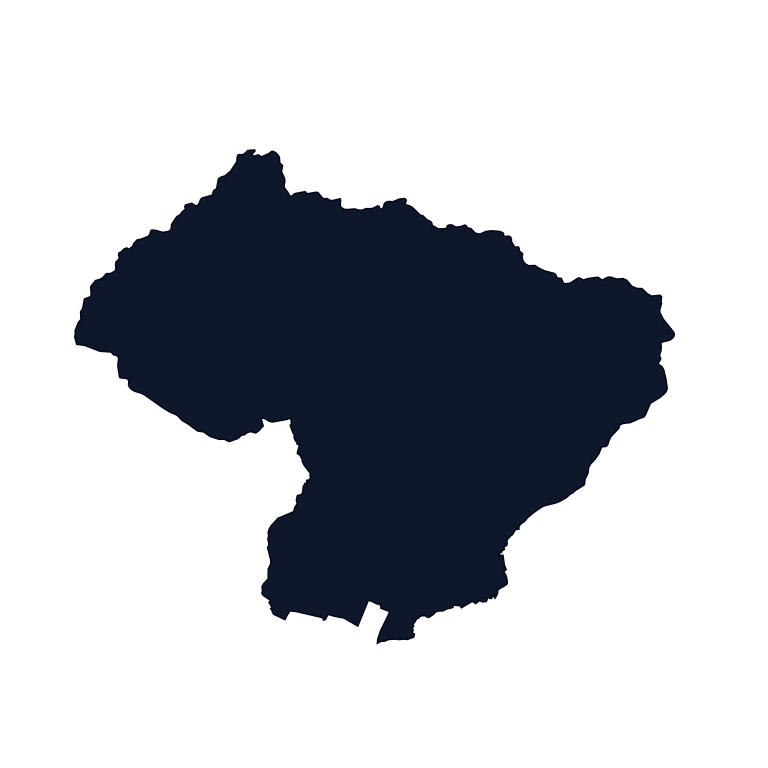 outline of Hang Chat, Lampang, Thailand, rotated 79°
{"feature_id": "78962969B1257188222382", "entity_name": "Hang Chat", "entity_type": "district", "adm_level": 2, "iso_a3": "THA", "parent_name": "Thailand", "parent_adm1": "Lampang", "projection": "natural_earth1", "projection_center": [99.296, 18.345], "detail": "fine", "context": "isolated", "style": "filled", "palette": "ink", "viewbox_px": 768, "rotation_deg": 79, "n_neighbors": 0, "source": "geoboundaries", "source_scale": "gbopen_adm2", "svg_char_len": 6158}
<svg xmlns="http://www.w3.org/2000/svg" viewBox="0 0 768 768"><g transform="rotate(79 384 384)"><path d="M423.1,106.8L419.8,108.0L417.0,110.8L415.9,110.9L412.5,107.8L411.2,107.6L408.4,108.2L404.7,106.0L401.2,104.9L396.4,104.3L395.9,103.3L395.5,95.1L394.2,92.3L392.8,90.5L390.4,89.4L388.1,89.9L374.1,97.3L366.4,99.6L363.8,99.2L357.9,96.2L355.9,96.3L351.3,94.9L349.5,96.1L348.8,104.6L345.2,108.7L339.6,112.5L338.4,117.6L335.4,122.0L328.4,126.0L326.1,129.2L325.5,135.2L322.2,141.5L321.9,143.0L322.1,145.1L323.4,148.9L323.3,150.6L320.4,153.1L319.9,154.1L319.4,163.7L320.0,168.3L317.0,172.3L317.3,173.9L320.6,182.2L320.1,187.5L319.1,188.6L314.2,189.8L313.0,193.6L309.0,194.8L307.8,196.0L303.4,205.1L300.1,209.5L296.5,213.2L295.5,219.5L293.3,222.1L291.2,223.4L288.1,224.3L285.5,224.1L282.5,223.0L279.7,225.5L275.6,225.6L275.0,226.3L274.8,229.0L274.3,229.7L268.5,231.7L265.7,231.2L263.8,231.8L262.7,233.2L262.5,235.7L261.6,238.2L260.7,238.5L259.3,237.9L257.9,238.7L256.1,241.9L254.0,249.9L253.7,255.0L255.1,260.8L254.6,263.3L253.0,265.9L248.2,268.9L246.5,272.4L244.3,273.1L243.4,274.3L244.1,278.2L243.9,282.5L243.3,284.2L240.8,287.0L240.3,290.0L240.7,291.5L242.6,292.6L243.3,293.8L242.1,301.0L237.5,306.4L235.1,306.4L233.7,306.9L231.1,310.4L226.2,313.8L225.1,316.2L216.1,322.4L213.9,325.1L212.1,328.6L210.6,328.6L207.7,327.0L205.9,328.3L205.4,333.8L206.8,340.6L205.8,344.0L205.7,346.8L206.9,349.1L211.0,351.3L212.0,353.1L211.6,354.3L208.5,355.0L207.9,356.3L209.4,361.1L209.3,364.1L208.4,368.1L209.1,371.7L208.8,374.9L206.5,379.5L205.8,386.5L205.1,389.3L202.6,392.3L201.5,392.7L199.3,392.7L195.3,391.5L193.8,391.6L194.1,399.6L193.6,401.7L191.1,404.5L190.7,407.4L189.9,408.8L183.7,412.1L183.1,413.2L182.7,415.2L182.7,422.6L181.9,423.7L180.5,424.4L180.1,425.4L180.1,435.4L182.1,438.9L182.2,439.8L180.6,440.9L177.4,441.8L173.7,443.8L171.7,444.3L170.4,444.3L166.2,442.7L163.4,442.4L155.9,444.1L150.2,441.9L147.2,444.1L141.7,443.5L139.8,443.9L136.3,446.1L134.4,448.5L134.2,450.1L135.8,452.8L137.6,461.0L135.0,463.9L135.6,467.0L135.2,468.8L133.2,469.9L130.8,466.3L129.9,466.1L129.5,466.6L128.8,473.0L131.2,476.8L132.0,479.3L131.2,482.2L131.4,483.7L133.1,484.8L137.7,486.0L145.7,493.9L149.3,500.3L149.9,505.1L151.2,507.5L159.8,510.8L160.8,511.9L161.6,514.2L165.8,516.5L166.8,527.4L168.3,529.1L172.1,531.5L173.3,533.6L172.9,535.3L169.9,538.2L170.4,544.6L171.9,545.8L174.4,545.4L176.9,549.8L178.9,551.7L180.0,555.1L181.8,557.2L186.7,562.0L191.2,563.4L192.6,564.9L193.1,566.6L193.0,572.1L189.2,579.8L188.6,582.8L189.3,583.8L192.7,585.5L194.1,587.4L195.5,595.1L195.3,598.6L198.5,603.0L200.7,604.1L203.2,608.9L201.5,610.3L201.4,611.1L202.0,613.8L204.1,616.6L204.6,619.0L206.8,620.0L209.5,619.7L211.1,620.8L213.0,623.7L215.7,624.7L219.6,625.2L221.8,626.5L223.4,631.3L222.7,635.5L226.3,640.2L227.1,643.1L227.4,647.3L232.4,653.3L241.0,654.5L242.4,656.0L243.4,661.9L252.5,665.3L255.0,668.0L262.6,669.1L265.3,672.3L272.8,677.1L275.4,677.3L278.7,678.6L286.4,678.1L288.8,670.8L297.7,656.5L300.4,646.3L301.1,645.4L303.6,644.1L304.7,641.5L306.3,639.9L308.4,639.6L315.0,641.8L326.7,642.3L327.6,641.6L329.3,636.1L330.7,634.3L332.5,633.9L336.6,635.0L338.9,634.3L341.5,632.4L343.5,630.2L346.2,624.9L348.6,621.5L365.3,605.5L370.7,599.5L375.1,593.1L381.3,589.0L385.9,583.9L394.0,576.5L394.8,575.4L396.6,570.2L402.3,564.7L406.8,556.6L407.7,551.4L411.0,547.1L409.7,538.1L407.1,533.5L407.2,530.5L406.2,529.1L405.5,526.9L405.3,523.8L407.5,519.6L407.5,518.9L405.1,514.3L403.9,513.3L402.2,510.6L395.3,511.2L394.0,510.8L395.0,507.9L398.7,503.7L400.0,500.7L400.2,485.5L399.7,483.8L400.6,482.0L406.2,482.6L406.4,483.8L407.1,483.9L413.8,482.9L417.1,481.8L419.4,482.5L423.1,481.7L424.8,480.4L426.3,480.9L427.9,478.3L428.8,479.2L435.3,482.3L436.4,481.8L437.6,480.2L442.2,478.7L444.6,478.9L448.6,477.9L457.2,473.6L458.4,473.5L459.8,474.2L461.8,473.9L463.8,475.6L463.8,478.2L466.8,479.1L466.5,480.5L469.4,482.9L474.2,484.3L476.9,485.9L476.9,490.0L477.3,490.5L481.8,492.3L484.3,491.9L486.4,493.3L488.0,495.1L492.1,496.9L495.6,513.7L501.8,522.0L505.1,524.8L508.4,526.2L510.4,526.1L514.8,527.7L517.1,527.3L521.0,528.1L522.2,529.5L533.8,528.8L537.8,529.1L539.9,530.1L543.4,532.9L553.2,534.9L557.0,540.2L559.7,542.4L564.1,542.8L565.6,543.7L567.0,543.6L568.3,543.0L574.8,536.7L576.2,537.6L576.2,538.4L576.7,538.5L580.8,536.8L582.1,536.9L583.1,538.2L584.6,536.8L585.6,537.3L588.9,536.3L596.4,526.2L591.9,522.7L588.8,519.6L590.4,514.1L601.1,490.0L602.6,488.3L604.1,488.6L604.1,486.6L599.5,482.9L602.6,476.8L606.1,468.0L616.6,455.9L593.4,440.7L594.8,437.7L598.4,433.2L599.0,431.1L601.1,429.3L603.5,429.9L608.3,422.0L611.0,423.4L625.5,434.4L633.1,438.7L637.2,440.0L636.0,436.0L636.6,432.7L635.7,428.3L636.5,421.8L637.7,418.3L638.2,413.1L639.2,409.7L638.2,403.2L635.3,401.8L634.1,403.4L632.9,403.6L631.4,402.3L630.0,402.8L628.5,402.5L627.6,401.1L625.1,401.3L623.7,399.3L620.9,396.9L620.5,394.9L619.2,393.1L618.7,391.3L619.2,388.1L621.3,385.6L621.7,384.5L619.6,379.5L617.5,376.7L617.3,372.2L617.8,371.3L617.9,369.1L616.7,364.9L616.7,359.9L615.9,358.6L614.7,358.4L614.4,357.5L616.2,351.5L618.4,350.7L613.9,338.0L615.5,337.8L616.0,336.4L617.0,336.1L616.5,334.5L615.2,332.7L615.2,331.0L616.8,328.6L616.7,326.5L617.2,325.4L616.0,324.3L613.1,323.0L614.7,320.9L615.0,319.4L612.2,317.2L612.6,316.3L614.2,316.4L615.4,315.9L611.7,312.7L607.9,311.6L606.3,308.1L605.5,304.7L604.7,303.8L604.1,301.7L602.9,300.9L598.7,300.5L594.8,300.9L591.1,302.3L589.5,299.5L584.8,300.4L574.8,299.9L574.4,304.1L573.3,304.2L573.2,303.1L571.7,302.1L571.4,300.5L570.2,300.1L569.4,297.3L567.3,297.7L565.6,294.1L563.6,293.4L562.3,293.6L559.1,291.8L558.7,290.3L557.2,288.7L556.6,286.9L552.1,282.7L552.1,279.1L550.7,279.2L547.7,276.9L545.7,272.3L543.0,269.1L539.6,263.3L535.7,254.8L534.2,250.6L533.5,237.8L532.5,232.9L530.4,226.9L527.4,221.8L527.0,219.7L524.9,216.2L521.4,207.0L520.5,206.2L515.7,204.8L510.7,200.9L505.2,199.1L502.1,196.7L498.4,191.5L493.2,186.2L487.2,182.3L487.7,177.9L486.2,175.9L482.7,174.1L478.9,171.2L472.3,162.0L469.2,160.5L468.3,156.6L468.9,149.8L466.6,139.8L466.0,135.4L464.6,133.6L453.8,126.2L449.7,115.5L447.1,110.7L445.4,108.6L442.4,106.8L431.9,106.3L423.1,106.8Z" fill="#0f172a" stroke="#020617" stroke-width="1.5"/></g></svg>